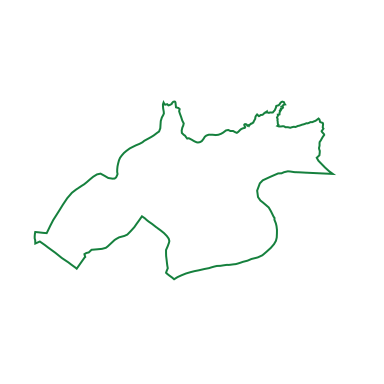 outline of Mukh Kampul, Kândal, Cambodia, rotated 36°
{"feature_id": "14789045B82229492070205", "entity_name": "Mukh Kampul", "entity_type": "district", "adm_level": 2, "iso_a3": "KHM", "parent_name": "Cambodia", "parent_adm1": "Kândal", "projection": "albers", "projection_center": [104.942, 11.775], "detail": "fine", "context": "isolated", "style": "outline", "palette": "green", "viewbox_px": 384, "rotation_deg": 36, "n_neighbors": 0, "source": "geoboundaries", "source_scale": "gbopen_adm2", "svg_char_len": 4867}
<svg xmlns="http://www.w3.org/2000/svg" viewBox="0 0 384 384"><g transform="rotate(36 192 192)"><path d="M116.4,136.3L117.0,138.2L118.2,139.8L119.7,141.5L121.8,143.5L123.1,145.0L123.5,146.8L123.8,149.4L125.0,152.9L126.8,155.8L128.9,159.1L129.8,162.4L129.0,164.7L127.8,168.7L126.7,171.4L125.4,174.2L123.3,178.6L122.7,180.9L121.3,183.8L119.2,187.2L117.1,191.2L116.0,193.4L114.7,197.5L114.0,200.4L113.7,203.8L113.7,206.6L114.3,209.3L115.5,212.4L116.7,215.1L118.1,217.5L119.7,219.8L121.2,221.2L121.6,222.6L122.0,224.8L121.5,226.6L119.9,227.9L116.0,229.9L111.7,230.3L107.2,230.9L104.8,233.6L103.1,237.7L102.1,241.5L101.1,245.9L100.2,249.2L99.1,251.9L96.7,258.4L95.3,263.2L94.7,270.3L95.0,278.2L95.5,284.8L95.9,291.1L96.2,296.2L97.2,302.7L98.2,308.2L98.6,310.7L95.5,312.6L91.6,314.8L88.7,316.5L89.5,318.2L90.7,320.2L91.9,321.9L93.5,323.2L95.5,325.8L98.0,321.5L103.8,321.4L104.5,321.4L107.9,321.5L108.7,321.5L113.5,321.5L117.2,321.5L125.2,321.9L125.9,321.9L133.4,321.6L136.6,321.7L139.8,321.7L142.2,321.7L143.8,321.8L143.6,308.3L143.8,307.3L142.3,306.2L141.5,305.5L142.4,303.4L144.0,301.6L144.7,297.8L149.2,293.9L152.6,290.9L155.1,287.8L155.8,285.5L156.7,280.9L157.6,276.3L158.4,274.3L159.7,271.5L163.1,267.3L164.7,264.5L165.4,259.9L166.0,254.4L165.9,250.5L165.9,246.3L165.8,241.1L169.2,241.0L171.8,241.3L174.2,241.4L178.6,241.3L183.7,241.5L189.3,241.5L193.5,241.7L197.5,242.4L200.5,243.4L202.5,245.0L203.2,246.6L204.2,250.1L205.1,254.2L207.0,256.8L208.7,259.0L211.6,262.1L213.6,264.3L215.4,266.2L217.2,267.9L218.0,271.1L218.5,272.6L220.0,272.8L222.7,272.9L226.2,272.9L228.8,273.1L230.3,269.4L232.5,265.5L235.0,261.5L238.0,257.6L240.5,254.6L243.3,251.6L245.4,249.2L247.4,246.9L249.1,245.1L250.6,243.5L251.6,242.1L252.2,241.3L253.8,239.3L255.6,237.2L258.3,235.1L260.8,232.6L263.2,230.3L264.2,229.7L265.5,228.6L267.9,226.3L269.8,224.6L271.0,223.1L272.5,221.1L274.3,218.5L277.3,214.9L279.5,211.2L282.4,207.8L283.7,206.2L286.1,201.9L286.3,201.1L286.5,200.4L287.4,196.6L288.6,190.9L289.0,186.0L288.6,182.2L288.0,180.7L287.3,179.0L285.0,175.5L283.0,172.7L280.4,169.9L278.3,168.1L275.0,166.0L274.0,164.5L272.5,164.0L269.5,162.4L267.2,161.2L265.2,160.3L263.1,159.4L261.8,159.3L260.5,159.2L259.5,159.1L255.5,158.8L252.4,158.7L248.4,157.3L243.9,152.6L241.8,145.1L242.4,140.9L246.2,134.1L248.6,130.0L250.8,126.3L253.4,124.3L254.8,121.9L257.4,118.9L259.2,117.8L261.7,116.5L263.1,115.8L267.7,112.7L272.2,109.8L295.3,94.6L290.6,94.6L285.1,94.0L279.3,93.0L275.9,92.4L273.7,91.4L272.8,91.0L273.5,87.4L272.2,85.1L271.2,83.6L270.1,82.9L268.9,81.8L268.3,80.3L267.8,79.3L266.5,77.6L265.9,76.5L265.9,74.6L265.6,72.5L265.4,70.5L265.4,68.1L264.7,67.6L263.7,67.4L262.9,67.2L261.9,67.0L261.1,66.6L261.1,65.1L261.1,63.5L259.9,63.0L259.2,61.9L258.4,60.4L257.7,59.6L257.1,59.3L255.6,59.8L254.3,60.0L253.6,59.3L252.4,58.4L251.2,58.2L250.7,59.9L250.1,61.8L249.2,63.1L248.3,64.7L246.7,65.9L246.2,67.0L245.2,68.5L244.2,69.1L243.2,70.7L242.4,71.8L241.5,72.8L240.8,73.9L239.8,75.3L238.7,76.5L238.2,77.5L237.4,78.7L236.1,79.3L234.8,80.8L233.7,82.3L232.2,82.9L231.2,83.4L229.5,84.7L228.3,84.7L227.7,84.9L226.9,85.3L225.9,86.3L224.5,87.4L223.9,87.8L223.2,88.1L222.3,88.3L222.5,87.6L222.5,86.9L221.9,86.8L221.2,86.2L219.7,84.4L218.8,83.6L218.5,82.7L217.0,81.8L216.8,80.3L216.6,79.6L216.0,79.0L216.8,78.4L217.2,77.8L216.3,76.5L216.0,75.9L216.0,75.0L215.2,74.5L215.4,73.7L215.0,72.7L215.7,72.8L215.5,71.8L215.9,71.1L216.0,70.3L215.3,70.0L214.4,70.0L215.0,69.1L214.7,68.1L215.3,67.0L215.8,66.5L214.9,66.2L213.7,65.3L212.1,65.7L211.5,66.5L211.2,67.8L211.3,70.1L210.9,71.2L209.9,72.4L209.6,73.1L210.2,74.0L210.4,75.0L210.9,77.1L210.7,78.9L210.6,80.2L209.7,80.9L208.8,81.5L208.1,82.1L207.8,82.7L207.0,83.1L206.3,83.1L205.7,83.7L205.2,83.0L204.9,83.9L204.5,84.4L204.4,85.4L204.0,86.1L204.0,87.0L203.7,88.0L203.2,88.6L202.3,89.3L202.1,89.9L201.9,90.9L201.4,91.4L200.1,91.1L199.1,91.0L199.0,92.7L199.1,93.7L199.7,95.0L200.1,95.5L200.2,96.5L200.5,98.8L200.8,99.9L200.3,100.5L200.1,101.7L199.4,102.3L199.4,103.2L199.1,103.9L199.2,105.1L198.3,104.9L197.9,105.8L196.4,105.3L195.7,105.5L195.0,105.9L194.7,106.7L195.3,107.4L196.9,108.3L197.0,109.1L195.7,110.6L194.8,112.2L194.4,113.9L194.1,116.1L193.5,117.8L191.9,118.2L189.4,118.5L187.2,120.1L184.9,120.5L183.3,122.2L182.3,125.6L181.3,127.8L179.7,130.2L177.7,132.0L174.8,133.7L172.0,135.7L171.1,136.9L170.4,138.0L169.9,139.8L170.1,142.3L170.0,145.1L169.3,146.7L168.5,147.7L167.5,148.6L166.7,149.0L165.1,149.4L163.2,149.7L161.6,149.8L158.8,150.2L157.8,150.4L156.7,151.6L154.6,151.0L153.2,150.5L151.8,150.6L149.1,150.2L147.5,148.3L146.3,145.5L145.9,143.5L145.0,141.4L142.1,139.9L139.1,137.7L135.8,135.5L134.1,134.2L133.6,133.0L133.3,132.2L131.7,132.0L129.3,132.9L128.1,131.6L126.1,129.4L125.3,128.9L124.5,129.2L123.8,130.1L123.6,131.8L123.8,132.8L122.8,134.8L122.0,135.8L120.4,135.5L118.9,137.2L117.4,136.8L116.4,136.3Z" fill="none" stroke="#15803d" stroke-width="2"/></g></svg>